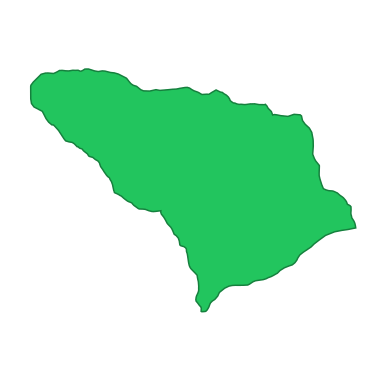 outline of Kanglung, Tashigang, Bhutan, rotated 182°
{"feature_id": "84629894B11515592913322", "entity_name": "Kanglung", "entity_type": "district", "adm_level": 2, "iso_a3": "BTN", "parent_name": "Bhutan", "parent_adm1": "Tashigang", "projection": "robinson", "projection_center": [91.534, 27.281], "detail": "fine", "context": "isolated", "style": "filled", "palette": "green", "viewbox_px": 384, "rotation_deg": 182, "n_neighbors": 0, "source": "geoboundaries", "source_scale": "gbopen_adm2", "svg_char_len": 4039}
<svg xmlns="http://www.w3.org/2000/svg" viewBox="0 0 384 384"><g transform="rotate(182 192 192)"><path d="M88.3,123.5L86.7,124.9L84.9,127.5L83.9,129.9L82.0,132.9L78.6,135.8L74.0,139.1L71.0,141.3L68.1,144.4L63.4,148.3L57.0,153.3L48.1,157.2L40.8,158.9L34.7,160.0L29.7,161.2L27.1,161.8L27.5,163.9L28.1,166.2L28.6,167.4L29.4,168.9L31.4,171.8L31.8,173.6L32.3,175.1L32.5,176.4L32.4,179.5L32.6,182.8L33.5,183.8L34.6,184.4L36.3,185.2L37.2,187.5L38.3,189.1L40.5,191.5L42.0,192.6L44.2,194.0L46.7,196.1L47.5,196.4L48.6,196.9L50.6,197.7L51.4,197.9L52.4,198.0L53.7,198.0L55.9,198.2L58.2,198.8L60.8,199.9L62.6,203.8L64.6,209.5L65.3,212.1L65.5,213.0L65.6,215.4L65.6,217.9L65.6,221.9L65.7,223.0L69.5,227.4L70.9,229.8L72.7,234.0L72.4,242.2L72.7,247.4L72.9,249.1L74.4,255.8L77.0,260.0L81.3,263.7L84.0,267.2L84.5,268.9L85.2,271.8L86.6,272.9L92.7,273.2L98.7,270.9L106.0,271.4L109.5,272.0L112.2,272.3L114.1,271.8L115.5,275.2L118.8,278.3L120.3,280.8L121.8,282.2L122.6,281.8L128.1,281.7L132.5,282.3L135.5,282.1L136.7,282.1L140.7,281.4L142.2,281.2L143.0,281.2L146.0,281.4L148.1,281.2L150.3,281.6L152.3,282.4L153.7,282.4L155.9,283.8L157.1,284.8L157.5,286.0L158.9,288.1L161.0,290.0L163.3,291.2L165.2,292.6L166.9,292.8L171.5,294.8L176.0,292.0L178.4,290.3L179.3,290.2L180.3,290.3L185.5,289.8L187.4,290.8L188.4,291.4L189.7,292.0L193.5,293.2L195.7,294.3L198.1,295.8L200.4,296.4L202.6,296.2L207.1,295.3L208.2,295.1L209.2,294.8L211.4,294.3L215.0,294.0L219.3,293.4L227.6,292.4L231.6,293.0L237.8,291.4L244.0,291.4L246.7,292.4L251.1,295.7L254.4,296.6L255.9,297.5L256.8,298.1L258.5,299.9L261.4,303.4L262.6,304.0L265.2,305.2L269.7,307.3L273.7,308.3L276.2,308.5L277.6,308.6L283.2,309.8L285.9,309.9L289.9,309.1L293.6,309.6L296.4,310.4L299.7,311.3L302.1,311.2L303.4,311.1L305.1,309.9L307.0,308.9L308.0,308.9L310.1,309.7L312.7,309.5L315.5,309.5L319.3,308.7L322.4,308.7L325.7,309.0L328.7,308.8L330.4,307.7L332.4,306.6L334.5,305.6L340.0,305.9L342.7,305.7L346.9,304.4L349.3,301.8L354.4,296.4L356.7,293.1L356.9,291.8L356.4,279.4L355.5,274.8L352.9,271.5L344.4,267.4L342.7,264.4L340.4,260.2L337.7,256.8L334.4,254.2L332.8,254.2L331.1,252.6L328.5,249.9L327.4,248.7L321.8,240.7L320.1,238.7L316.7,237.8L313.5,237.4L311.3,236.1L308.3,233.2L307.5,233.3L306.4,232.3L305.4,231.7L304.0,231.4L303.0,230.9L302.2,229.7L301.1,228.8L300.3,228.2L299.3,227.5L297.8,226.4L296.6,224.5L295.9,224.0L292.3,223.1L290.3,221.5L289.4,220.9L287.2,219.8L285.6,218.0L284.9,216.0L284.2,214.2L282.9,212.5L282.2,211.6L280.3,208.8L279.6,207.9L278.7,206.7L278.1,205.9L276.8,204.5L275.9,203.9L275.1,203.4L274.2,201.5L272.9,199.6L271.7,196.6L271.0,193.8L270.6,192.2L270.3,190.9L269.9,190.1L269.5,188.7L268.6,188.3L266.5,187.5L264.9,186.7L263.6,185.9L262.5,185.5L259.9,183.3L258.4,182.2L256.2,180.7L254.9,180.1L253.9,179.8L251.8,179.0L250.9,177.9L250.2,177.2L249.6,176.6L246.0,174.2L245.3,173.7L244.2,173.2L242.7,173.2L241.8,173.2L240.4,173.2L238.0,173.0L234.5,171.8L231.3,171.1L229.7,171.1L227.3,171.4L222.5,172.2L222.6,171.0L222.3,170.1L221.9,168.9L219.3,165.8L217.8,163.5L215.7,159.8L214.8,158.8L211.9,156.0L210.7,154.2L209.8,152.4L208.3,149.1L206.3,147.9L204.1,145.5L203.0,142.6L202.3,138.7L201.5,138.0L199.8,137.5L198.1,137.1L196.5,136.0L195.7,135.0L195.4,132.3L194.6,130.2L194.1,127.8L193.0,121.7L192.7,120.4L192.1,118.2L191.2,116.4L190.3,115.2L185.7,110.8L183.9,108.9L183.7,107.3L183.2,105.1L182.5,102.5L182.4,101.5L182.2,99.9L182.0,98.0L182.0,96.2L181.9,94.6L182.0,93.2L182.6,91.2L183.9,88.1L184.2,86.7L184.3,85.5L184.4,84.6L184.1,83.1L182.4,81.2L180.7,79.0L179.3,77.6L178.7,76.4L178.7,75.0L178.7,73.0L178.0,72.7L175.8,72.9L174.1,73.2L172.7,74.7L171.2,77.5L170.1,80.8L169.5,82.0L167.8,83.8L165.5,85.4L164.4,86.7L162.6,89.0L161.9,90.8L161.1,92.6L158.9,94.5L156.0,97.0L151.8,99.2L148.6,100.0L145.2,100.3L141.4,100.4L139.5,100.5L137.3,100.6L133.0,101.0L131.2,102.0L127.9,104.4L125.5,105.5L121.8,106.2L117.8,106.9L114.9,107.9L112.8,109.1L110.0,110.2L107.5,111.6L105.1,113.1L104.0,113.7L103.1,114.6L101.3,116.6L97.0,119.5L92.7,121.4L89.2,122.7L88.3,123.5Z" fill="#22c55e" stroke="#15803d" stroke-width="1.5"/></g></svg>